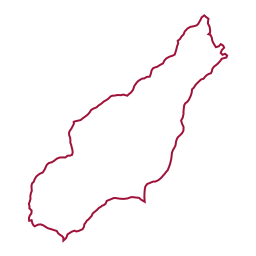 Cosmorama, São Paulo, Brazil
{"feature_id": "56859067B61665371407041", "entity_name": "Cosmorama", "entity_type": "district", "adm_level": 2, "iso_a3": "BRA", "parent_name": "Brazil", "parent_adm1": "São Paulo", "projection": "orthographic", "projection_center": [-49.768, -20.425], "detail": "fine", "context": "isolated", "style": "outline", "palette": "rose", "viewbox_px": 256, "rotation_deg": 0, "n_neighbors": 0, "source": "geoboundaries", "source_scale": "gbopen_adm2", "svg_char_len": 3016}
<svg xmlns="http://www.w3.org/2000/svg" viewBox="0 0 256 256"><path d="M73.7,121.8L73.9,123.8L72.8,125.9L71.4,128.6L69.8,130.8L69.0,132.9L69.2,135.2L70.2,138.0L70.4,140.5L70.3,142.6L71.2,144.9L71.6,146.9L72.4,149.8L72.7,152.5L72.0,154.9L69.7,155.7L67.7,155.7L65.3,157.5L62.8,157.4L59.9,157.5L56.9,158.6L54.0,160.9L51.7,162.3L48.8,163.0L46.8,164.8L45.7,167.2L44.9,169.1L42.7,172.5L39.7,173.8L38.2,174.9L36.4,176.4L34.8,179.0L33.7,181.8L32.1,183.4L31.5,185.5L31.6,188.8L31.8,190.9L30.9,193.2L30.3,196.2L30.5,198.8L29.9,201.1L28.9,203.8L29.5,206.4L29.4,208.4L31.6,210.4L31.4,213.4L29.8,215.6L28.9,218.0L29.2,220.8L31.6,220.2L32.3,223.1L33.2,224.9L34.6,226.3L36.5,225.4L38.3,224.6L40.7,224.4L43.1,225.2L45.2,226.6L48.0,228.3L50.6,229.0L52.8,229.7L54.7,230.3L56.8,231.0L58.1,233.2L60.1,234.9L62.0,236.0L63.4,237.7L63.4,240.6L66.1,238.1L67.6,234.3L69.6,233.0L71.9,231.6L74.6,230.7L76.5,231.5L78.9,230.8L82.6,229.2L84.0,226.8L84.3,224.3L85.5,222.9L86.8,220.7L88.5,219.4L90.0,217.7L91.6,216.0L92.8,213.3L94.6,211.9L97.2,209.7L98.8,208.0L100.6,206.9L102.4,205.6L104.1,204.9L105.6,203.7L106.7,201.0L108.4,200.2L111.8,198.9L113.5,198.1L115.8,198.0L117.6,198.4L121.0,198.8L124.0,198.9L127.7,198.4L130.5,197.3L132.6,197.1L136.5,197.6L139.0,197.8L141.0,199.6L144.7,201.8L144.4,197.6L144.4,195.6L144.5,192.7L144.8,189.3L145.4,186.4L147.2,184.0L153.1,181.6L155.5,181.5L158.1,180.3L160.0,178.9L161.7,177.3L162.9,175.8L164.8,173.7L166.3,171.7L167.7,170.2L169.1,166.7L170.1,163.8L171.3,158.8L171.6,155.9L172.0,152.5L173.0,150.0L174.0,148.3L175.4,145.8L175.8,143.4L176.1,141.3L177.1,138.5L178.3,136.8L180.0,135.3L182.0,133.3L183.4,130.7L183.6,127.1L182.1,123.8L181.1,120.5L182.6,117.9L183.5,114.2L183.5,111.5L183.8,108.2L184.2,105.3L185.2,103.4L187.3,101.8L188.9,99.7L189.8,97.8L190.8,95.6L191.6,93.1L192.1,89.3L193.9,87.6L195.6,84.8L197.9,82.5L201.0,79.5L203.6,78.7L205.2,76.6L206.9,75.0L208.5,74.1L211.0,73.2L212.0,70.8L212.4,68.8L214.1,66.5L216.6,64.7L218.5,62.9L220.6,60.5L221.8,58.7L223.8,58.2L226.4,57.5L227.1,55.5L225.0,53.8L222.5,54.8L220.7,52.9L221.8,50.1L224.1,47.7L223.2,45.6L220.8,44.1L218.8,46.3L215.9,47.2L214.2,44.4L212.9,42.2L212.1,40.0L211.9,38.0L210.5,34.9L208.5,34.2L210.1,32.7L210.1,29.8L209.5,26.6L208.0,23.7L208.0,21.5L208.5,18.8L205.7,16.7L204.3,15.4L201.6,17.4L200.5,19.9L199.2,22.1L198.2,23.9L196.8,25.3L194.3,26.1L190.3,26.9L187.5,28.5L184.7,31.5L183.6,34.4L181.6,36.4L179.9,39.1L177.7,40.8L178.2,43.3L177.1,46.2L176.1,50.3L174.7,54.6L172.3,55.8L169.4,56.7L166.4,58.4L164.5,60.4L163.0,63.4L159.8,65.1L157.2,66.8L155.1,67.4L153.2,68.1L151.6,70.4L150.9,73.5L149.8,76.6L146.8,76.9L144.4,78.4L142.2,78.6L139.9,79.9L138.0,81.2L136.4,83.0L134.3,86.0L133.1,89.7L131.0,92.5L128.7,94.3L127.3,95.7L125.2,95.1L123.2,94.6L120.9,95.2L117.7,95.0L114.6,95.6L112.5,95.7L110.6,96.4L108.6,98.5L106.2,100.2L103.8,101.5L101.4,103.6L98.4,105.6L96.5,107.4L93.2,108.7L91.1,110.0L89.9,112.0L88.2,114.1L86.5,115.6L84.3,117.2L82.2,118.7L80.7,120.0L78.4,120.6L76.3,121.0L73.7,121.8Z" fill="none" stroke="#9f1239" stroke-width="2"/></svg>